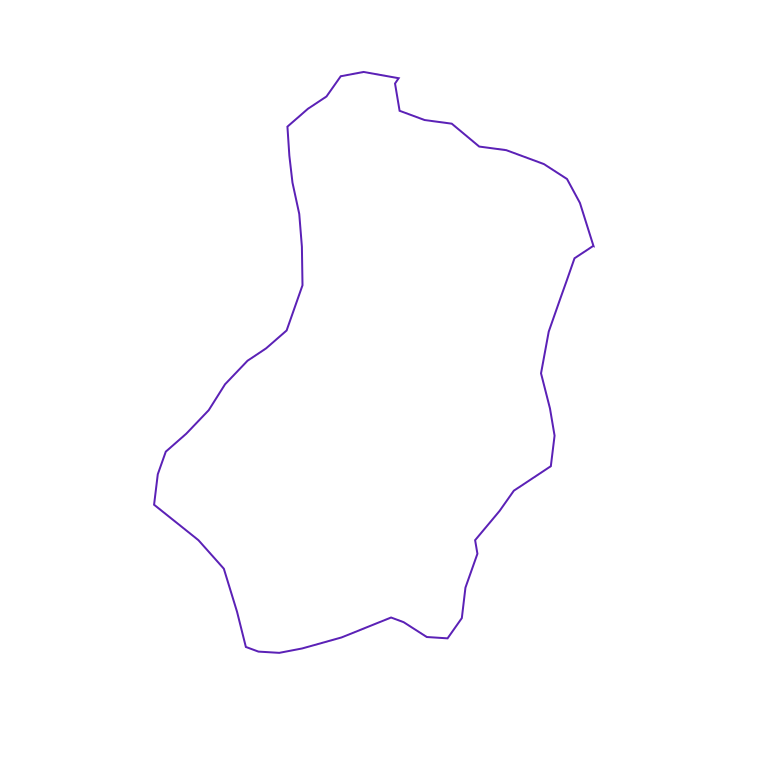 the district of Phihyon, P'yŏngan-bukto, North Korea, rotated 109°
{"feature_id": "82179303B32066025180418", "entity_name": "Phihyon", "entity_type": "district", "adm_level": 2, "iso_a3": "PRK", "parent_name": "North Korea", "parent_adm1": "P'yŏngan-bukto", "projection": "equal_earth", "projection_center": [124.575, 40.048], "detail": "fine", "context": "isolated", "style": "outline", "palette": "violet", "viewbox_px": 768, "rotation_deg": 109, "n_neighbors": 0, "source": "geoboundaries", "source_scale": "gbopen_adm2", "svg_char_len": 883}
<svg xmlns="http://www.w3.org/2000/svg" viewBox="0 0 768 768"><g transform="rotate(109 384 384)"><path d="M514.1,240.4L502.0,247.0L466.4,233.4L442.6,226.5L407.4,199.5L377.3,205.9L353.1,219.1L322.8,239.0L280.8,245.3L244.9,245.1L227.0,244.9L203.1,244.8L185.4,231.2L185.4,230.8L149.0,257.7L130.6,277.7L124.0,304.4L123.1,344.5L128.5,371.3L115.8,404.7L121.2,431.5L120.6,458.2L96.3,471.4L90.1,469.7L95.6,504.9L107.1,525.1L130.9,532.0L148.5,545.5L172.1,559.1L199.0,547.8L223.4,536.1L250.8,519.5L281.0,506.3L317.2,493.2L365.1,493.5L388.7,507.1L406.4,520.6L436.0,534.2L465.8,541.2L495.4,554.8L519.0,568.3L543.0,568.5L573.0,562.1L592.1,508.6L610.8,475.3L647.2,448.8L677.6,429.0L677.9,415.6L672.3,395.5L660.7,375.3L637.5,341.7L620.0,321.5L602.5,301.3L602.8,287.9L609.3,261.2L603.8,241.1L580.0,234.2L550.0,240.7L526.1,240.5L514.1,240.4Z" fill="none" stroke="#5b21b6" stroke-width="2"/></g></svg>